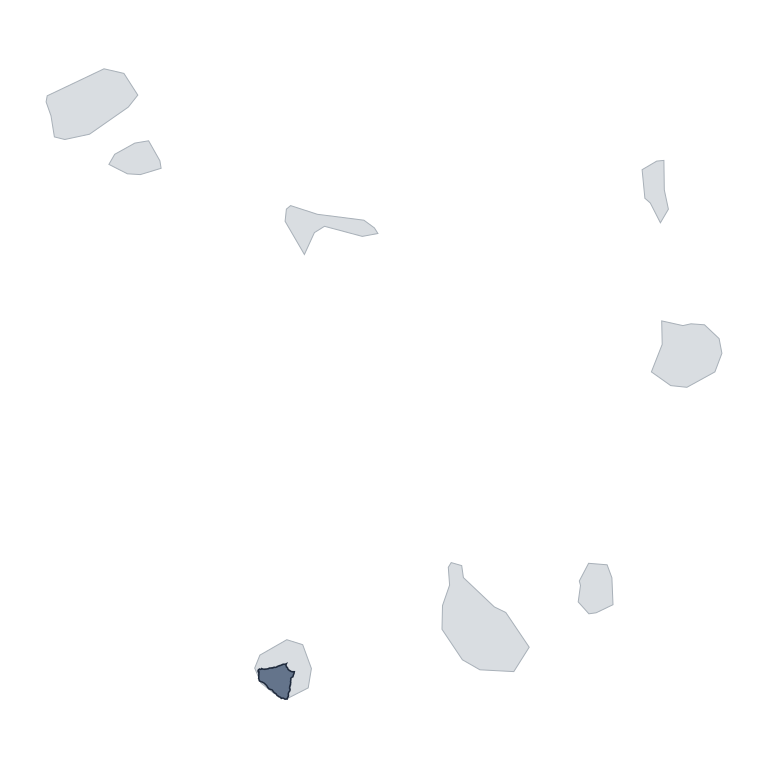 Nossa Senhora Da Conceicao, São Filipe, Cabo Verde shown in context
{"feature_id": "66160863B39753348448887", "entity_name": "Nossa Senhora Da Conceicao", "entity_type": "district", "adm_level": 2, "iso_a3": "CPV", "parent_name": "Cabo Verde", "parent_adm1": "São Filipe", "projection": "albers", "projection_center": [-24.43, 14.881], "detail": "fine", "context": "in_parent", "style": "filled", "palette": "slate", "viewbox_px": 768, "rotation_deg": 0, "n_neighbors": 0, "source": "geoboundaries", "source_scale": "gbopen_adm2", "svg_char_len": 5866}
<svg xmlns="http://www.w3.org/2000/svg" viewBox="0 0 768 768"><path d="M529.2,647.2L513.8,671.6L479.9,669.8L462.4,659.8L442.0,629.3L442.5,605.6L449.6,585.1L448.3,567.3L451.2,562.6L461.7,565.6L463.4,577.6L494.3,606.9L505.8,612.5L529.2,647.2ZM89.5,134.2L64.8,139.5L54.4,136.9L51.0,115.8L46.1,101.9L47.2,95.8L104.0,68.8L123.9,73.4L137.8,95.1L128.3,107.1L89.5,134.2ZM661.7,320.9L682.9,325.6L691.0,323.8L704.5,324.8L719.1,338.6L721.9,353.3L714.9,371.9L686.9,387.3L670.7,385.6L651.4,371.9L662.2,344.4L661.7,320.9ZM308.2,687.9L288.3,698.0L274.3,693.6L261.1,683.2L254.7,668.1L259.9,655.1L286.8,639.7L302.7,644.7L311.4,668.5L308.2,687.9ZM363.9,220.2L374.4,227.9L377.9,233.5L362.3,236.4L324.5,226.3L314.4,232.6L304.4,254.5L285.1,221.3L286.4,209.1L290.6,205.6L317.4,214.3L363.9,220.2ZM596.1,612.8L588.9,613.8L578.2,601.9L580.5,585.4L579.3,581.0L588.6,563.3L607.1,564.8L611.9,577.8L613.0,604.7L596.1,612.8ZM161.1,168.3L140.3,174.6L127.4,173.8L108.9,164.4L114.7,154.3L134.8,143.1L148.6,140.8L159.9,160.8L161.1,168.3ZM668.4,209.2L660.4,222.8L650.3,203.0L644.9,198.3L642.1,169.7L656.7,161.1L663.9,160.4L664.3,189.9L668.4,209.2Z" fill="#d9dde1" stroke="#a8b0b8" stroke-width="1"/><path d="M287.1,699.1L287.2,698.4L287.3,698.4L287.4,698.1L287.7,697.8L287.7,697.6L287.8,697.4L287.8,697.1L288.1,696.8L288.3,696.4L288.2,696.3L288.3,695.9L288.5,695.4L288.5,695.2L288.4,694.9L288.4,694.6L288.3,694.3L288.4,694.2L288.4,693.9L288.3,693.6L288.3,693.4L288.5,693.1L288.5,692.9L288.6,692.7L288.7,692.3L288.9,692.2L289.0,692.0L289.2,691.6L289.4,691.4L289.6,691.2L289.7,690.9L289.8,690.8L289.9,690.7L290.0,690.0L289.9,689.9L289.9,689.7L290.1,689.4L290.0,688.9L289.9,688.9L289.7,688.6L289.6,688.4L289.6,688.1L289.5,687.9L289.6,687.7L289.8,687.2L289.7,686.5L289.9,686.3L289.9,686.2L290.0,686.2L290.0,685.9L290.1,685.7L290.1,685.2L290.4,684.8L290.4,684.7L290.5,684.7L290.5,684.4L290.6,684.1L290.6,683.9L290.6,683.7L290.6,683.3L290.5,683.0L290.6,682.7L290.8,682.4L290.8,682.2L290.7,681.8L290.5,681.6L290.5,681.3L290.5,681.2L290.7,680.8L290.7,680.6L290.8,680.3L290.9,679.6L290.8,679.4L290.8,679.1L290.7,679.0L290.7,678.8L290.7,678.5L290.8,678.3L290.9,678.1L291.1,677.9L291.5,677.7L291.8,677.5L292.0,677.2L292.3,677.0L292.9,676.8L293.0,676.3L293.0,676.2L293.3,675.7L293.3,675.1L293.4,674.9L293.6,674.4L294.0,673.7L294.0,673.4L294.0,673.1L294.1,672.9L294.2,672.6L294.2,672.0L294.3,671.7L294.1,671.7L293.9,671.7L293.6,671.7L293.4,671.7L293.1,671.7L292.9,671.8L292.8,671.7L292.6,671.8L292.4,671.7L291.8,671.7L291.5,671.5L290.8,671.3L290.6,671.2L290.4,671.1L290.3,670.9L290.2,670.9L289.7,670.5L289.4,670.5L289.3,670.3L289.0,670.2L288.9,670.1L288.7,669.8L288.5,669.7L288.4,669.7L288.1,669.5L288.0,669.3L288.0,669.1L287.9,668.9L287.7,668.1L287.5,667.9L287.3,667.7L287.2,667.6L286.9,667.3L286.6,667.1L286.7,666.9L286.6,666.6L286.3,666.4L286.2,665.9L286.0,665.5L285.9,665.4L285.9,664.9L285.8,664.7L285.9,664.4L286.1,664.4L286.2,664.1L286.4,663.7L286.2,663.8L285.9,664.1L285.2,664.1L284.9,664.2L284.7,664.2L284.4,664.2L284.3,664.3L284.1,664.3L283.9,664.2L283.7,664.2L283.5,664.3L283.3,664.2L282.9,664.3L282.7,664.4L282.3,664.5L282.1,664.7L282.0,664.9L281.7,664.9L281.6,665.0L281.3,665.0L281.0,665.2L280.9,665.3L280.7,665.3L280.4,665.5L280.1,665.6L279.8,665.5L279.6,665.6L279.3,665.7L279.3,665.8L279.2,665.9L278.6,666.0L278.4,666.0L278.2,666.1L277.8,666.4L277.5,666.4L277.5,666.5L277.1,666.7L276.9,666.8L276.8,667.0L276.7,667.1L276.2,667.1L275.9,667.3L275.6,667.4L275.2,667.4L274.8,667.3L274.5,667.4L274.1,667.2L273.9,667.3L273.6,667.4L273.5,667.6L273.0,667.6L272.9,667.8L272.7,667.8L272.6,668.0L272.2,667.9L272.1,668.0L271.9,668.1L271.7,667.9L271.4,667.9L271.1,667.9L270.9,668.0L270.6,668.0L270.4,668.1L270.2,668.1L269.9,668.0L269.6,668.2L269.3,668.1L269.0,668.3L268.6,668.4L268.5,668.5L268.3,668.6L268.2,668.8L267.8,668.8L267.6,668.8L267.4,668.9L267.2,669.0L266.8,669.0L266.7,669.0L266.4,669.1L266.2,669.0L265.9,669.1L265.5,669.1L265.1,669.3L265.0,669.2L264.9,669.3L264.5,669.2L264.3,669.3L264.2,669.3L264.1,669.2L263.9,669.2L263.4,669.2L263.2,669.1L262.8,669.0L262.7,669.1L262.3,669.0L262.2,669.0L262.1,668.8L261.9,668.7L261.9,668.8L261.5,668.9L261.4,668.9L261.3,669.1L261.2,669.1L260.9,669.2L260.8,669.3L260.7,669.4L260.4,669.4L260.1,669.3L259.9,669.2L259.9,669.3L259.4,669.3L259.2,669.3L258.8,669.6L258.6,669.6L258.6,669.8L258.4,670.4L258.3,670.5L258.1,670.5L258.0,671.2L258.1,671.4L258.0,671.2L258.2,670.9L258.3,670.8L258.3,671.0L258.4,670.9L258.7,671.1L258.7,671.4L258.9,671.6L258.9,672.0L258.7,672.2L258.8,672.4L258.7,672.4L258.7,672.6L258.8,672.9L258.8,673.6L258.8,673.8L258.8,674.2L258.9,674.4L258.8,675.1L258.7,675.5L258.8,676.4L258.8,676.8L258.8,677.5L258.7,678.1L258.6,678.4L258.7,678.5L259.0,679.4L259.2,680.0L259.2,680.5L259.5,681.0L259.9,681.2L260.5,681.4L260.9,681.7L262.3,682.1L262.9,682.5L263.1,682.7L263.3,682.7L263.5,682.7L263.8,682.9L264.0,683.0L264.3,683.4L264.6,683.7L265.2,684.0L265.3,684.1L265.3,684.3L265.5,684.4L265.6,684.6L265.7,684.8L266.3,685.1L266.5,685.3L266.8,685.8L267.0,686.2L267.2,686.4L267.2,686.5L267.5,686.9L267.7,687.3L267.8,687.6L268.0,687.7L268.3,687.9L268.4,688.0L268.5,688.3L268.8,688.6L269.0,688.9L269.2,689.0L269.6,689.1L270.0,689.2L270.1,689.3L270.4,689.4L271.2,689.6L271.6,689.7L272.2,690.0L272.4,690.2L272.5,690.5L272.8,690.7L272.9,691.1L273.0,691.2L273.4,691.6L273.4,691.8L273.7,692.1L274.1,692.4L274.3,692.7L274.4,692.8L274.8,693.1L275.4,693.3L275.5,693.4L275.8,693.6L275.9,693.8L276.3,694.1L276.4,694.3L276.6,694.6L276.7,694.8L276.8,695.0L277.0,695.4L277.2,695.6L277.4,695.7L277.9,696.0L278.5,696.2L278.6,696.4L278.8,696.6L279.1,696.9L279.4,697.0L279.8,697.0L280.5,697.3L280.7,697.5L280.8,697.6L280.9,697.9L281.1,698.3L281.4,698.2L281.7,698.4L281.8,698.3L281.9,698.2L282.0,698.2L282.7,698.1L283.5,698.2L284.4,698.8L284.5,698.9L284.5,699.0L284.8,699.1L285.0,699.1L285.5,699.2L286.6,699.0L287.1,699.1Z" fill="#64748b" stroke="#1e293b" stroke-width="1.5"/></svg>